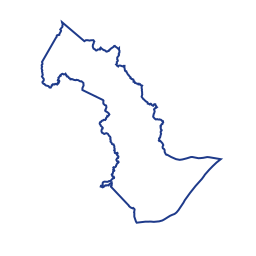 the district of Ponta de Pedras, Pará, Brazil, rotated 11°
{"feature_id": "56859067B9412259254898", "entity_name": "Ponta de Pedras", "entity_type": "district", "adm_level": 2, "iso_a3": "BRA", "parent_name": "Brazil", "parent_adm1": "Pará", "projection": "albers", "projection_center": [-49.151, -1.11], "detail": "fine", "context": "isolated", "style": "outline", "palette": "blue", "viewbox_px": 256, "rotation_deg": 11, "n_neighbors": 0, "source": "geoboundaries", "source_scale": "gbopen_adm2", "svg_char_len": 5782}
<svg xmlns="http://www.w3.org/2000/svg" viewBox="0 0 256 256"><g transform="rotate(11 128 128)"><path d="M176.4,213.7L179.4,212.2L181.3,210.6L186.0,206.2L188.0,204.8L190.1,203.5L191.7,201.7L193.2,199.0L196.7,190.7L197.5,188.1L201.3,179.9L205.4,172.0L210.3,163.8L211.8,160.6L212.4,159.1L215.8,153.3L218.5,149.2L221.5,145.0L225.0,140.9L213.3,141.2L211.3,141.4L207.6,142.9L204.6,143.8L202.9,144.2L196.5,144.2L195.1,144.6L191.6,146.5L187.4,148.5L184.8,149.4L181.1,149.4L175.8,148.2L171.6,146.8L170.8,147.0L169.9,146.3L168.6,144.6L168.1,142.6L167.4,141.8L166.1,141.3L165.5,140.0L165.7,138.7L165.9,138.0L164.8,136.5L162.3,134.6L161.2,134.9L160.6,134.2L160.9,133.6L160.9,133.0L160.5,132.3L161.3,131.2L161.4,128.3L161.6,127.4L160.9,126.1L160.8,125.0L161.3,124.5L161.5,123.7L160.6,123.1L160.4,122.4L159.9,121.6L160.1,120.6L159.6,120.2L159.5,119.5L160.0,119.0L160.3,117.8L161.0,117.5L161.0,116.6L161.5,115.9L161.0,114.6L160.1,114.6L159.5,114.0L158.6,113.6L158.0,113.7L157.3,113.5L156.8,113.8L155.6,113.9L154.9,113.7L153.8,114.3L152.4,113.7L150.6,112.2L150.5,111.6L150.6,110.4L150.5,109.5L150.8,108.9L151.0,106.6L150.0,104.7L150.3,104.1L150.8,103.7L151.1,102.8L151.9,102.7L152.4,102.1L151.8,101.8L151.6,101.2L150.6,100.3L150.3,99.5L149.7,99.5L149.1,99.8L148.4,101.4L146.5,100.7L146.3,100.1L145.7,99.8L145.0,100.1L144.6,100.7L144.0,100.4L142.7,100.3L142.6,99.6L142.2,99.1L141.6,98.8L141.0,98.7L138.9,97.5L138.2,96.9L137.5,96.7L136.9,96.1L135.4,94.7L135.6,92.3L135.3,91.6L135.0,90.0L134.4,88.5L134.4,87.6L133.8,86.3L133.5,84.8L133.8,83.7L132.5,83.5L131.5,82.7L130.7,83.2L130.0,83.2L129.9,82.5L128.5,82.8L126.9,82.4L126.2,82.4L126.0,81.8L124.8,81.6L125.0,80.9L124.3,80.6L124.3,80.0L124.0,79.4L122.7,79.1L122.1,79.3L121.5,78.7L120.8,78.5L120.9,77.8L119.6,77.0L118.5,75.9L117.9,75.7L117.1,74.8L116.7,74.2L116.2,73.8L115.5,72.6L114.8,72.7L114.1,72.3L113.1,69.6L112.6,69.1L112.8,68.4L112.7,67.7L111.7,67.9L111.2,68.5L110.4,68.5L109.7,68.3L108.2,68.2L107.5,68.4L106.9,68.7L106.6,69.4L106.1,69.0L105.3,68.9L104.9,68.2L104.2,67.9L104.8,66.7L104.4,65.4L105.2,64.0L104.8,63.1L104.3,62.7L104.0,60.8L105.2,58.5L105.2,57.7L104.7,57.2L104.8,56.3L105.2,55.7L105.0,54.9L105.0,54.2L104.8,53.6L104.3,53.1L104.0,51.5L103.5,52.3L102.8,51.7L100.0,50.4L99.4,49.9L98.7,50.2L98.5,50.9L95.6,53.8L95.5,54.4L94.5,55.3L94.4,56.1L93.1,56.6L92.7,57.1L92.0,57.1L91.3,56.6L90.2,56.1L89.5,56.2L88.9,56.0L86.6,54.9L85.9,54.3L85.4,55.1L85.7,55.7L85.6,56.3L84.1,56.5L83.4,56.7L82.4,57.9L81.8,58.0L81.1,57.6L80.6,57.1L79.1,56.7L78.2,55.4L77.8,54.5L77.7,52.7L78.1,51.9L78.1,50.2L78.4,49.5L77.3,48.4L74.4,49.1L73.7,49.5L71.9,49.5L70.0,49.8L68.6,51.1L43.0,36.7L43.2,37.2L43.7,37.9L44.3,38.4L44.0,39.8L44.3,40.6L44.2,41.5L43.7,42.2L42.7,44.2L43.7,45.1L43.7,45.8L43.0,47.9L42.7,48.8L42.8,49.7L42.0,50.1L41.4,50.1L40.5,50.7L40.4,51.4L40.6,52.1L40.0,53.3L31.0,79.6L31.6,80.6L31.8,81.7L31.3,82.5L31.4,83.5L32.0,84.2L31.8,85.6L32.0,86.4L32.9,87.8L32.7,88.4L32.8,89.0L33.5,90.2L33.6,90.9L34.2,92.1L33.7,93.9L34.6,94.7L35.1,95.3L35.7,95.6L36.0,96.2L36.2,97.0L36.0,97.9L35.3,98.9L35.4,99.8L36.7,100.8L37.4,100.7L38.1,101.1L38.5,101.6L39.2,101.9L41.5,102.0L42.2,102.2L43.2,103.2L43.8,103.0L44.4,103.1L44.9,101.8L45.0,100.7L45.6,100.5L45.5,99.9L45.8,99.4L47.0,99.2L47.7,99.3L48.1,98.6L48.9,98.5L50.0,98.8L50.1,98.1L50.8,98.0L51.2,97.3L51.5,96.1L50.7,96.2L50.8,95.6L51.2,94.7L50.0,94.4L50.1,93.8L50.5,93.2L50.5,92.5L50.1,91.9L50.9,90.7L51.9,89.7L51.4,89.3L52.6,87.8L53.3,87.3L54.0,87.4L54.6,87.7L55.9,87.2L56.3,86.7L56.7,87.3L57.2,87.5L57.3,88.2L57.8,88.6L58.4,89.1L58.9,88.8L59.5,89.3L60.1,89.6L60.5,90.2L61.7,90.5L62.1,91.2L62.7,91.2L63.2,90.7L64.5,90.7L65.0,91.0L66.4,91.1L67.7,91.0L68.3,90.5L69.0,90.6L69.7,90.5L70.3,90.6L71.6,91.2L72.4,91.3L73.1,91.0L73.8,91.2L75.6,92.3L76.3,94.8L75.7,97.1L75.7,98.0L76.0,99.4L98.1,105.3L98.7,105.8L98.8,107.3L99.2,108.8L100.8,109.9L102.2,110.1L102.5,110.7L102.9,112.1L102.5,113.5L102.6,114.2L102.2,114.7L102.3,115.4L102.8,115.8L104.7,116.4L106.1,117.2L107.1,118.2L106.6,119.5L106.1,119.8L105.9,120.4L105.3,120.2L105.1,121.6L104.7,122.1L104.5,122.7L104.7,123.3L104.3,123.9L104.1,124.5L103.2,124.5L102.4,124.7L101.9,125.5L100.8,126.0L100.3,127.3L99.6,127.5L99.4,128.1L99.3,128.8L99.5,129.4L100.6,130.4L100.8,131.0L102.8,132.3L103.2,132.7L103.2,133.5L102.7,133.8L102.4,135.2L102.7,136.6L103.5,137.6L104.7,137.9L105.3,138.3L106.1,138.3L106.7,137.7L107.9,137.2L108.7,137.4L109.4,137.6L110.8,139.2L111.5,139.7L112.1,139.9L112.8,141.2L112.6,142.0L112.9,142.7L113.4,143.2L113.4,144.7L113.9,145.1L114.5,145.4L115.4,146.8L116.1,147.0L116.9,146.8L117.9,148.2L118.2,149.0L118.2,149.8L119.0,151.2L118.7,152.5L119.3,152.8L119.6,154.4L119.9,155.0L120.7,155.1L122.3,154.4L122.7,155.0L122.5,155.7L122.1,156.2L122.7,156.9L124.0,157.7L124.1,158.5L124.0,159.3L123.4,159.5L123.0,160.0L122.6,161.5L123.7,162.9L124.3,162.9L124.9,162.7L125.3,163.3L124.9,164.1L123.9,165.4L123.7,166.0L123.7,166.7L123.4,167.3L123.5,168.0L122.9,168.8L122.2,169.3L121.4,169.2L121.1,169.7L121.6,170.3L121.9,171.0L121.4,171.7L121.7,172.3L122.3,172.0L122.7,172.5L122.4,173.0L121.7,173.4L121.7,175.9L121.1,176.3L120.9,176.9L121.5,177.6L122.0,178.5L122.7,178.9L123.2,178.5L123.8,179.1L123.8,179.9L123.2,180.2L122.0,181.4L121.0,183.3L119.4,183.8L118.8,184.4L118.0,184.8L115.3,185.1L114.5,185.5L113.9,186.0L113.6,186.9L114.1,188.9L113.7,189.4L112.5,189.8L112.4,190.7L113.5,190.8L114.3,191.1L114.9,190.8L116.1,189.6L116.4,188.9L117.0,188.5L117.7,188.6L118.2,188.2L119.1,188.1L119.9,188.1L120.1,187.4L121.0,186.0L122.4,184.7L122.8,185.8L122.7,186.5L122.9,187.1L122.9,187.7L122.3,188.2L122.5,188.9L143.6,204.0L143.9,204.5L145.7,205.5L147.8,206.0L148.3,205.5L149.6,206.2L150.0,206.7L150.1,208.9L150.0,209.6L150.4,210.1L151.1,213.8L153.6,218.2L154.6,219.3L163.0,216.6L168.5,215.5L171.3,215.2L176.4,213.7Z" fill="none" stroke="#1e3a8a" stroke-width="2"/></g></svg>